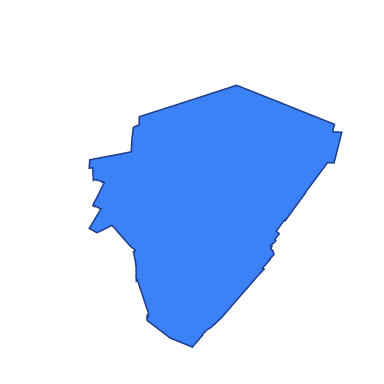 Veendam, Groningen, Netherlands (Robinson projection), rotated 123°
{"feature_id": "6326949B95806506619250", "entity_name": "Veendam", "entity_type": "district", "adm_level": 2, "iso_a3": "NLD", "parent_name": "Netherlands", "parent_adm1": "Groningen", "projection": "robinson", "projection_center": [6.889, 53.081], "detail": "fine", "context": "isolated", "style": "filled", "palette": "blue", "viewbox_px": 384, "rotation_deg": 123, "n_neighbors": 0, "source": "geoboundaries", "source_scale": "gbopen_adm2", "svg_char_len": 5186}
<svg xmlns="http://www.w3.org/2000/svg" viewBox="0 0 384 384"><g transform="rotate(123 192 192)"><path d="M235.5,281.4L235.4,281.4L235.0,280.5L234.1,278.7L233.8,277.9L233.5,277.3L233.2,276.3L232.6,274.6L232.3,273.1L232.2,272.9L232.3,272.8L232.7,272.7L232.3,272.4L231.9,272.0L232.0,271.9L231.9,271.8L231.9,271.7L231.8,271.4L231.8,270.8L233.2,270.6L236.2,270.2L237.8,270.1L241.3,269.6L244.8,269.2L248.5,268.8L249.5,268.7L251.5,268.5L254.2,268.5L257.4,267.7L257.3,265.4L256.4,265.4L256.2,263.0L256.1,261.4L256.0,259.2L255.9,259.1L278.5,258.4L278.3,254.9L277.9,249.5L274.9,247.7L273.3,246.7L271.3,245.5L271.0,245.4L268.6,244.0L266.7,242.8L264.9,241.7L263.5,241.0L263.8,239.9L264.1,238.8L264.5,237.3L264.5,237.2L265.0,235.4L265.5,233.8L267.1,228.4L267.5,226.7L267.8,225.7L268.2,224.3L268.6,222.9L269.5,219.6L269.6,219.3L270.5,216.1L271.0,214.2L271.3,213.3L271.3,213.1L271.3,212.7L271.4,211.6L271.4,211.2L271.3,210.6L271.3,210.1L271.2,209.4L271.3,209.3L271.3,209.1L271.4,208.8L271.5,208.6L271.6,208.4L272.2,207.6L272.3,207.6L273.4,208.4L273.8,208.7L279.1,203.6L280.6,202.1L280.9,201.8L281.1,201.6L281.3,201.4L281.5,201.3L281.7,201.1L281.9,200.9L282.1,200.7L282.3,200.6L282.7,200.2L285.6,198.0L286.0,197.6L286.4,197.3L287.6,196.6L289.3,195.5L289.6,195.2L289.9,195.0L290.2,194.8L290.5,194.7L290.9,194.4L291.2,194.2L291.6,194.0L292.5,193.4L292.9,193.2L293.2,193.0L293.5,192.8L294.4,192.1L296.7,190.4L297.1,190.1L296.8,190.0L296.6,189.9L296.2,189.8L295.6,189.8L296.1,189.2L307.3,175.1L307.9,174.4L308.4,173.7L309.7,172.2L310.7,170.9L312.2,169.0L313.6,167.3L314.5,166.1L315.1,165.3L316.7,163.4L318.0,161.8L319.0,162.3L319.7,162.6L320.3,161.9L320.4,161.1L320.5,161.0L320.5,160.9L320.5,160.6L321.4,161.2L321.7,161.4L321.8,161.6L322.8,160.7L323.1,160.6L323.3,160.3L323.9,159.8L324.0,159.7L324.2,159.4L324.3,159.1L324.4,156.6L324.7,152.3L325.3,145.0L325.5,142.0L325.6,140.5L325.8,138.3L326.0,135.5L326.1,133.6L326.2,133.0L326.4,131.2L326.4,130.6L326.2,129.9L326.2,129.5L326.1,129.0L325.9,128.1L325.8,127.8L325.7,127.4L325.6,126.7L325.3,124.8L325.2,124.5L325.2,124.4L325.0,123.6L324.9,122.9L324.7,122.2L324.6,121.8L324.6,121.6L324.5,121.1L324.4,120.2L324.2,119.4L323.8,117.3L323.7,117.2L323.5,116.0L323.4,115.6L323.4,115.1L323.3,114.9L323.0,113.5L322.3,109.4L322.2,109.1L322.2,108.8L322.1,108.5L322.1,108.2L322.0,107.2L321.7,107.2L320.6,107.1L317.7,106.7L311.5,105.8L309.3,105.6L306.2,105.1L305.9,105.2L305.9,105.3L305.7,105.4L305.6,105.5L305.4,105.5L305.2,105.5L304.6,105.5L303.9,105.4L303.5,105.4L303.2,105.4L303.0,105.2L302.9,105.1L302.7,104.9L302.4,104.8L301.3,104.7L300.4,104.7L300.2,104.7L296.2,102.7L295.5,102.4L295.3,102.3L295.1,102.2L294.4,102.1L293.6,102.0L293.3,101.9L292.9,101.8L292.2,101.5L290.5,100.9L290.3,100.9L289.5,100.7L288.5,100.5L286.6,100.1L285.0,99.7L284.7,99.6L283.4,99.3L282.7,99.1L281.8,98.9L281.4,98.8L280.9,98.7L279.9,98.6L278.5,98.4L277.2,98.2L276.2,98.1L275.7,98.0L272.2,97.5L271.6,97.4L268.9,97.0L265.8,96.7L264.6,96.5L262.3,96.2L262.1,96.1L261.6,96.1L259.1,95.7L252.5,94.8L246.7,94.0L243.6,93.5L241.4,93.2L239.1,92.9L236.8,92.6L236.3,92.5L235.7,92.4L234.5,92.3L233.9,92.2L232.0,91.9L230.8,91.8L228.7,91.5L226.4,91.1L223.7,90.7L221.4,90.2L219.4,89.9L218.8,89.8L217.5,89.4L217.5,90.0L217.6,90.8L217.7,91.4L213.7,90.8L213.0,90.7L208.8,90.1L206.3,89.7L206.2,90.2L204.7,90.0L203.4,89.8L201.6,89.5L199.5,89.2L199.3,89.5L199.2,89.7L199.0,90.0L198.9,90.2L198.7,90.3L198.4,90.6L198.2,91.0L197.8,91.4L197.5,91.7L197.4,91.8L197.2,92.1L197.2,92.3L197.4,92.5L197.3,92.8L197.1,92.9L197.0,93.0L197.1,93.5L197.1,93.8L196.8,94.1L196.7,94.2L196.6,94.5L196.4,94.6L196.2,94.8L196.2,95.1L196.1,95.6L194.7,95.3L194.1,95.2L194.1,95.3L194.2,95.5L194.4,95.7L194.4,95.8L194.3,96.0L194.2,96.4L193.8,96.4L193.7,96.5L187.2,95.1L186.9,96.0L186.7,96.6L186.0,96.6L185.6,96.4L185.5,96.5L184.9,96.5L182.6,96.4L181.6,96.3L179.4,96.1L179.3,97.0L179.2,97.4L179.2,97.7L179.1,99.3L179.1,100.0L165.4,99.2L165.4,98.2L141.1,96.9L130.9,96.3L130.5,96.3L129.8,96.5L129.3,96.6L112.3,95.5L93.6,94.3L90.3,88.7L74.4,94.1L60.3,98.9L64.9,106.9L57.6,109.4L58.2,112.3L59.3,117.6L60.6,124.3L61.1,127.2L61.9,130.9L62.1,131.7L63.6,139.4L65.0,146.5L66.5,154.4L68.0,161.8L68.9,166.6L69.0,167.4L70.5,174.6L71.0,176.6L71.0,176.8L71.3,178.2L71.6,179.8L72.6,184.6L72.5,184.8L72.6,185.0L72.8,185.8L72.8,186.0L73.1,187.6L73.2,187.9L73.5,189.2L73.8,190.9L73.8,191.1L74.1,192.5L74.3,193.2L74.4,193.8L74.4,194.1L74.8,195.9L75.1,197.3L75.3,198.2L75.4,199.1L75.6,200.0L75.7,200.3L75.8,201.1L75.9,201.5L76.2,202.6L76.3,203.3L76.8,205.5L77.0,206.9L77.5,209.4L77.7,210.4L78.2,212.7L79.0,213.4L85.0,218.2L90.9,223.0L98.9,229.5L109.6,238.1L113.5,241.3L114.8,242.4L117.7,244.7L118.6,245.4L120.5,247.0L122.2,248.4L123.4,249.4L130.6,255.2L131.4,255.9L144.1,266.2L151.0,271.9L151.7,272.4L157.6,277.2L158.1,276.9L159.9,275.8L160.0,275.7L161.7,274.7L164.0,273.3L163.8,273.2L164.5,272.7L166.9,274.7L167.2,274.8L167.4,274.9L167.5,275.0L168.4,275.6L168.5,275.7L168.7,275.8L169.0,275.8L169.4,275.9L169.7,276.1L169.9,276.3L173.5,274.5L175.8,273.3L178.6,272.1L182.1,270.2L185.4,268.3L188.2,266.7L191.4,264.9L197.8,271.4L209.5,283.7L220.7,295.3L228.1,291.1L225.7,288.6L230.6,285.0L235.5,281.4Z" fill="#3b82f6" stroke="#1e3a8a" stroke-width="1.5"/></g></svg>